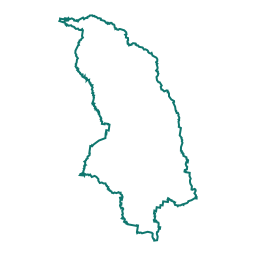 outline of Inverell, New South Wales, Australia
{"feature_id": "25037944B83825062814696", "entity_name": "Inverell", "entity_type": "district", "adm_level": 2, "iso_a3": "AUS", "parent_name": "Australia", "parent_adm1": "New South Wales", "projection": "mercator", "projection_center": [150.906, -29.438], "detail": "fine", "context": "isolated", "style": "outline", "palette": "teal", "viewbox_px": 256, "rotation_deg": 0, "n_neighbors": 0, "source": "geoboundaries", "source_scale": "gbopen_adm2", "svg_char_len": 5700}
<svg xmlns="http://www.w3.org/2000/svg" viewBox="0 0 256 256"><path d="M196.6,198.5L196.6,196.9L195.7,196.6L196.0,195.3L194.4,193.3L195.7,190.8L195.2,190.0L195.4,189.5L194.6,188.9L192.3,189.8L191.5,189.5L191.9,186.2L190.4,183.8L190.0,181.9L190.0,180.1L190.7,178.7L189.5,176.0L189.7,172.8L185.7,172.2L185.8,171.7L184.5,171.5L184.8,170.0L186.9,169.3L187.2,166.8L186.4,166.1L185.7,164.1L186.2,162.3L187.7,162.5L188.0,160.9L187.4,160.8L187.7,160.1L187.0,160.0L187.1,159.3L186.4,158.9L186.4,157.3L183.4,155.8L183.5,154.1L182.9,154.0L182.7,152.7L181.7,152.6L181.9,151.2L180.9,150.8L181.0,147.1L182.5,142.8L181.8,141.1L182.3,140.1L181.4,138.7L181.7,137.9L179.7,135.4L180.9,128.0L178.8,126.9L179.0,125.0L178.5,121.5L179.1,120.5L178.6,119.6L179.1,119.4L179.3,117.6L178.3,115.6L178.6,114.6L177.9,112.9L176.9,113.0L177.0,112.5L176.0,111.6L176.2,110.8L175.6,110.2L175.1,106.7L173.2,102.6L174.1,102.0L174.0,101.0L171.3,99.5L169.0,96.3L169.0,93.7L168.4,92.2L167.7,92.3L167.6,90.6L166.7,90.4L164.2,91.4L162.3,89.6L161.4,89.5L160.7,86.8L161.7,85.6L159.7,82.3L158.4,82.2L157.0,80.2L156.5,77.0L157.8,75.5L158.4,73.5L157.8,72.9L157.9,71.5L156.7,71.3L156.1,70.6L157.5,68.8L157.6,67.3L156.7,64.5L157.4,63.7L156.1,62.5L156.3,61.8L157.2,61.4L157.3,60.5L157.3,59.2L156.4,57.7L152.5,55.6L151.6,53.0L150.9,53.6L149.2,53.0L148.2,52.1L148.2,51.3L147.3,50.2L145.4,49.3L144.0,49.6L142.6,47.5L139.0,46.8L138.2,45.5L137.0,45.5L136.2,44.4L135.7,44.6L135.5,43.5L133.0,43.2L131.7,44.1L131.6,44.7L129.3,45.3L129.4,44.7L128.6,44.7L127.7,43.8L128.2,43.3L127.4,42.0L127.5,41.0L128.1,40.6L128.0,38.1L125.9,37.5L126.1,35.9L125.2,34.7L126.5,34.2L126.2,32.3L124.2,30.3L120.4,29.1L119.3,29.0L118.4,29.8L117.1,29.6L116.3,28.5L115.4,28.9L115.4,28.1L114.7,27.6L114.4,25.2L113.7,24.4L112.6,24.3L111.6,22.9L110.1,22.9L109.6,23.8L109.0,23.9L108.3,23.0L107.5,23.7L107.0,22.6L106.2,22.9L104.5,20.9L100.8,19.9L100.8,18.6L99.0,18.1L98.0,18.4L96.4,16.9L95.1,16.8L94.5,15.9L93.0,16.2L92.5,15.4L89.8,15.5L89.2,16.3L87.5,16.9L87.4,17.9L85.3,18.1L84.0,19.2L83.0,17.6L79.1,19.7L78.0,21.3L77.2,20.2L76.6,20.2L76.3,20.9L74.1,20.5L74.1,19.6L71.8,18.4L69.3,19.3L68.4,18.0L67.8,18.7L68.5,19.5L68.2,20.5L66.1,20.7L64.9,19.8L66.5,19.2L66.4,18.5L64.9,18.2L63.6,19.3L60.1,18.6L60.1,19.7L59.4,21.0L63.4,22.3L64.4,21.6L64.7,22.7L65.6,23.5L65.5,24.5L66.6,25.6L67.2,24.6L68.5,25.7L71.2,25.3L72.0,26.3L73.9,26.8L74.7,27.5L74.7,28.5L74.9,28.0L75.9,28.9L78.0,28.6L78.9,29.8L80.4,30.1L81.9,29.3L81.8,30.1L82.9,30.3L82.0,36.0L82.9,37.6L81.5,38.7L81.0,39.9L79.6,40.4L79.3,42.1L78.9,42.0L78.3,42.9L78.9,44.8L78.4,44.8L75.5,50.6L75.3,53.1L76.4,54.9L76.0,55.8L77.9,58.3L77.0,59.5L76.6,62.7L75.7,64.1L76.2,64.9L75.5,66.3L76.5,67.9L77.4,67.7L77.8,68.3L77.3,69.7L78.1,69.6L77.9,70.1L78.6,71.1L78.3,71.5L80.1,72.7L80.0,73.5L80.8,74.3L82.3,74.4L82.0,75.4L82.6,75.4L82.5,76.7L84.0,77.5L84.7,76.4L84.8,77.7L85.7,78.7L86.4,78.0L86.9,78.4L86.7,80.3L87.3,79.6L87.9,80.1L89.0,79.8L88.8,80.8L89.4,81.5L89.4,82.6L90.4,83.1L90.2,83.9L91.1,84.5L91.0,85.0L92.3,85.2L91.6,86.2L92.7,87.4L91.8,89.4L92.7,90.7L92.3,93.0L93.3,93.0L93.0,95.1L94.1,95.5L93.5,96.9L94.0,97.4L93.3,100.7L92.4,103.0L93.3,103.1L92.9,104.1L94.1,104.0L93.5,105.0L94.2,105.6L94.1,106.2L95.3,106.8L94.9,108.1L95.9,108.4L95.5,109.4L96.5,109.4L96.7,110.4L98.0,110.2L98.7,111.3L98.8,111.7L98.1,112.1L98.5,112.8L99.1,112.5L99.2,113.2L98.4,113.4L98.8,113.4L98.6,113.9L99.7,115.3L99.9,116.5L100.6,116.9L101.3,118.3L100.6,119.2L101.4,120.2L101.0,120.9L102.2,121.8L101.9,123.9L104.6,124.3L104.8,123.4L108.1,123.9L108.0,124.4L109.5,124.7L108.7,130.6L106.3,130.2L105.8,132.9L106.5,133.0L106.3,134.4L105.6,134.3L105.4,138.1L99.0,140.5L93.6,144.5L92.3,146.0L91.9,145.5L91.6,146.2L90.3,146.0L89.3,153.3L89.8,153.4L89.5,155.3L87.7,156.5L87.4,157.1L87.7,158.4L86.2,159.3L86.0,160.4L84.4,161.6L85.2,162.4L85.1,164.5L85.6,164.9L84.8,165.2L84.9,165.9L84.1,166.2L84.6,167.8L83.8,168.5L84.2,169.0L83.3,171.3L83.5,172.2L82.5,172.9L82.6,173.5L81.2,173.8L81.7,174.3L81.2,174.8L80.4,174.4L79.9,175.1L82.9,175.4L83.0,174.6L83.8,173.9L84.3,174.1L84.6,175.3L85.2,174.1L86.7,174.8L87.9,174.4L88.9,175.3L90.1,174.5L91.8,177.0L94.6,175.9L96.4,176.9L98.4,179.1L98.3,180.6L99.8,183.0L101.8,182.5L103.6,183.5L105.5,183.4L106.2,185.2L106.9,185.6L106.8,186.3L108.3,187.1L107.8,188.8L108.8,189.0L108.6,189.8L110.0,190.4L109.9,190.8L111.5,191.5L111.9,192.7L113.5,193.2L114.4,192.5L116.5,193.1L118.6,192.2L119.1,192.8L120.6,192.7L120.6,194.2L121.8,194.8L122.6,196.9L122.0,199.2L120.8,197.5L120.0,197.7L120.7,200.4L120.2,201.1L120.3,202.7L121.5,203.2L121.3,204.8L120.2,204.8L120.0,205.7L121.2,208.4L122.1,207.8L123.1,208.4L123.2,209.2L122.2,210.8L122.9,213.9L122.1,214.7L123.0,216.9L121.8,218.4L123.0,218.8L123.9,218.2L124.7,219.0L124.9,219.8L124.0,221.8L125.8,222.9L125.8,222.0L126.5,221.8L127.1,223.1L126.8,223.8L127.8,224.0L127.8,224.3L136.7,225.9L136.8,225.3L138.0,225.5L136.9,232.2L137.2,233.2L138.7,232.3L139.4,232.9L140.8,232.5L142.0,233.3L147.7,231.8L151.7,232.7L152.7,233.6L152.4,236.8L153.3,238.8L153.9,239.0L154.2,240.6L157.1,240.2L157.7,236.6L156.8,233.9L157.0,232.1L158.1,231.7L158.9,228.6L159.9,228.8L160.2,227.2L158.4,226.9L158.7,223.9L158.4,222.6L157.2,222.4L156.2,220.6L155.2,220.4L155.0,221.7L154.3,221.6L154.5,220.6L154.0,220.6L153.8,220.0L154.7,219.2L155.2,216.4L154.5,216.3L155.0,213.6L154.0,213.5L154.4,210.6L156.1,211.3L156.7,207.2L160.1,207.8L160.5,205.1L162.6,205.4L163.2,201.4L167.9,202.0L168.3,199.6L167.6,199.5L168.1,198.2L169.3,198.9L169.2,199.6L171.5,200.2L171.4,200.8L174.1,201.8L174.1,202.3L175.0,202.5L174.5,203.4L175.0,204.9L177.0,205.3L177.8,206.2L178.4,205.4L180.4,205.4L182.4,204.4L183.4,204.9L183.5,204.1L186.9,203.1L188.0,202.2L188.3,201.2L191.5,200.2L194.6,198.3L196.6,198.5Z" fill="none" stroke="#0f766e" stroke-width="2"/></svg>